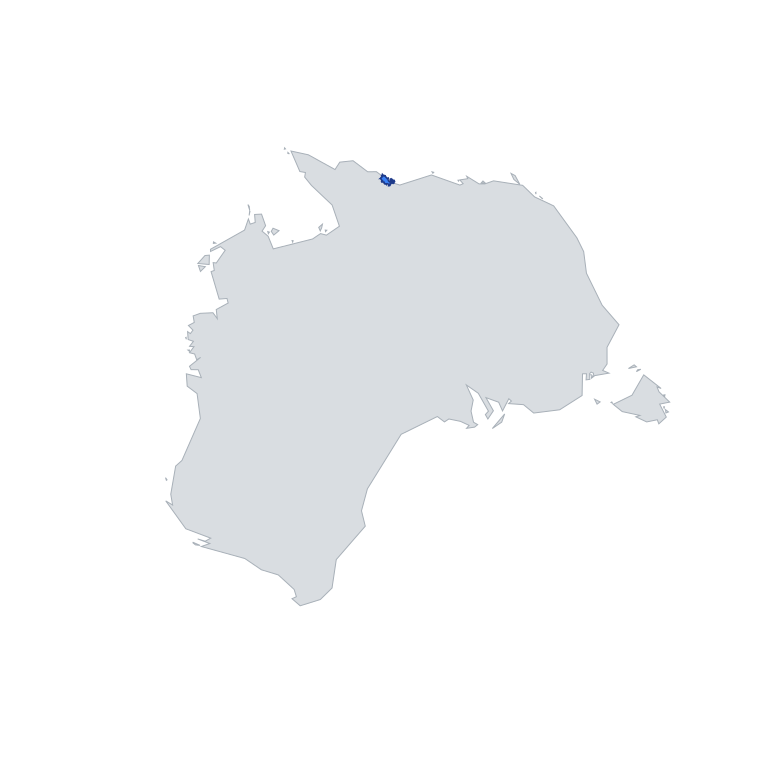 Cassowary Coast, Queensland, Australia (highlighted), rotated 312°
{"feature_id": "25037944B15390433377666", "entity_name": "Cassowary Coast", "entity_type": "district", "adm_level": 2, "iso_a3": "AUS", "parent_name": "Australia", "parent_adm1": "Queensland", "projection": "mercator", "projection_center": [145.98, -17.968], "detail": "fine", "context": "in_parent", "style": "filled", "palette": "blue", "viewbox_px": 768, "rotation_deg": 312, "n_neighbors": 0, "source": "geoboundaries", "source_scale": "gbopen_adm2", "svg_char_len": 7824}
<svg xmlns="http://www.w3.org/2000/svg" viewBox="0 0 768 768"><g transform="rotate(312 384 384)"><path d="M503.7,174.4L510.6,204.1L519.3,202.7L529.2,211.6L530.8,229.9L536.7,236.3L538.2,253.6L542.4,262.6L571.1,279.4L582.6,307.3L585.8,308.8L586.4,303.8L592.7,308.9L593.7,306.4L596.3,320.7L600.1,325.0L608.3,329.5L624.4,354.1L623.8,370.7L629.9,390.9L621.7,429.5L616.0,443.8L601.8,460.3L588.5,493.4L585.3,519.0L560.5,525.2L548.1,536.4L540.4,537.4L542.6,543.9L530.5,534.4L532.2,532.3L531.4,529.9L529.2,529.9L525.2,533.9L522.3,531.4L527.1,527.6L524.4,524.7L508.0,538.9L482.4,531.8L462.6,514.7L462.0,501.5L452.8,489.7L456.6,490.1L456.6,486.6L443.3,490.1L447.2,481.4L442.1,468.9L437.3,483.2L427.5,484.6L429.1,479.8L433.7,479.8L440.2,460.3L438.4,445.8L431.8,461.0L422.1,466.8L415.5,476.1L416.5,480.8L412.6,480.2L406.3,475.0L410.2,474.9L407.4,465.8L401.4,455.6L396.3,454.3L395.5,445.4L358.1,430.4L295.0,441.8L274.7,452.1L265.8,465.2L221.6,466.0L197.6,481.9L181.3,480.9L163.1,470.1L162.9,459.3L167.3,461.2L171.2,454.7L171.4,433.2L163.9,417.2L161.2,397.4L141.0,357.0L148.9,361.3L144.2,349.2L147.5,356.3L153.5,358.4L143.8,333.6L151.1,300.0L152.6,307.9L159.4,299.3L183.6,284.1L192.0,285.0L235.5,270.6L251.8,251.5L250.7,239.2L259.3,230.3L266.5,244.0L270.3,236.4L265.6,231.0L267.0,227.6L281.1,229.9L276.7,228.6L279.6,223.2L277.1,218.5L284.6,217.8L281.9,214.3L288.2,213.8L286.0,208.7L291.5,203.0L291.9,206.4L296.2,206.0L296.6,199.5L302.8,201.8L306.9,196.6L313.6,200.2L322.5,209.2L321.0,216.4L327.1,209.5L339.9,214.0L342.5,210.1L336.8,204.7L351.8,180.3L354.8,181.9L359.9,175.8L361.7,178.4L377.1,176.5L376.7,170.6L366.4,166.4L368.0,164.9L405.1,177.4L415.9,172.8L413.3,177.6L417.9,180.2L423.4,174.4L428.3,179.3L422.4,190.1L416.0,191.1L416.3,199.0L410.3,211.3L444.0,233.9L453.3,236.2L456.1,241.6L471.4,245.3L482.3,225.7L483.0,197.3L484.7,186.6L488.6,184.1L485.6,179.3L494.9,159.0L503.7,174.4ZM522.3,568.0L541.6,575.8L564.6,570.9L566.1,592.9L564.5,588.9L562.2,593.6L561.7,608.4L553.5,602.3L548.3,615.9L538.3,614.9L540.3,611.0L531.6,604.6L528.1,593.1L531.9,595.2L522.9,579.5L522.3,568.0ZM349.0,165.0L359.7,165.0L362.9,168.0L355.8,174.1L349.0,165.0ZM423.4,494.3L442.5,493.7L434.4,497.0L423.4,494.3ZM425.5,197.3L427.7,203.4L420.9,202.4L422.0,198.1L425.5,197.3ZM623.3,351.2L622.9,343.7L625.5,337.5L626.6,342.0L623.3,351.2ZM559.1,555.3L565.6,557.1L565.7,560.1L559.1,555.3ZM347.9,166.8L351.6,172.7L344.8,172.3L347.9,166.8ZM515.3,556.6L511.6,555.8L513.6,550.7L515.3,556.6ZM461.6,231.3L458.3,233.2L455.1,234.2L456.7,230.7L461.6,231.3ZM141.0,355.3L138.3,351.6L138.1,348.3L138.6,348.1L141.0,355.3ZM564.4,563.0L566.8,565.0L562.1,563.3L564.4,563.0ZM598.6,321.7L601.1,321.7L601.1,324.9L598.6,321.7ZM539.0,253.3L541.9,255.2L541.4,256.3L539.0,253.3ZM553.3,610.4L553.6,614.1L551.1,612.9L553.3,610.4ZM627.7,373.6L627.9,377.7L627.6,377.7L627.7,373.6ZM376.1,164.7L374.3,163.1L375.5,162.2L376.1,164.7ZM425.8,165.0L423.2,168.0L426.3,162.8L425.8,165.0ZM628.1,368.6L626.8,369.9L627.6,368.5L628.1,368.6ZM429.7,220.6L428.3,221.2L429.1,219.7L429.7,220.6ZM420.2,197.2L418.3,197.5L419.5,195.6L420.2,197.2ZM168.2,284.3L167.6,286.9L166.8,286.7L168.2,284.3ZM491.8,157.6L491.7,159.7L491.0,158.2L491.8,157.6ZM529.3,531.1L529.7,532.7L529.1,532.2L529.3,531.1ZM422.6,168.9L419.0,171.0L422.7,168.4L422.6,168.9ZM286.3,205.7L285.0,207.2L285.8,205.5L286.3,205.7ZM554.7,607.7L553.4,608.4L554.1,607.1L554.7,607.7ZM460.0,238.6L458.1,238.6L459.1,237.3L460.0,238.6ZM279.1,216.7L278.1,217.6L278.0,215.6L279.1,216.7ZM564.0,600.0L562.3,601.1L562.8,599.1L564.0,600.0ZM493.0,152.1L492.8,153.5L491.8,152.8L493.0,152.1ZM528.3,533.3L530.0,534.8L527.2,534.3L528.3,533.3ZM574.6,279.3L573.3,279.3L573.8,277.7L574.6,279.3ZM585.3,303.5L584.6,303.6L585.1,302.2L585.3,303.5ZM523.1,565.3L522.6,566.7L522.2,565.0L523.1,565.3Z" fill="#d9dde1" stroke="#a8b0b8" stroke-width="1"/><path d="M535.8,243.7L535.8,243.9L534.3,243.7L534.4,243.8L534.4,244.1L534.6,244.4L534.5,244.5L534.4,244.5L534.2,244.5L534.1,245.8L533.9,245.9L533.9,246.0L533.8,245.9L533.7,245.9L533.4,245.8L533.5,245.9L533.7,246.0L533.5,246.3L533.4,246.4L533.6,246.6L532.7,246.8L532.6,247.4L532.7,247.5L532.8,247.5L533.0,247.5L533.4,247.7L533.5,247.6L533.6,247.8L533.6,248.0L533.6,248.4L533.8,248.5L534.0,248.8L533.9,249.1L534.0,249.2L533.9,249.3L533.7,249.4L533.6,249.6L533.4,249.8L533.4,250.1L533.2,250.1L533.2,250.4L533.4,250.5L533.6,250.5L533.6,250.8L533.4,251.1L533.6,251.3L533.8,251.4L534.0,251.3L534.2,251.6L534.2,251.8L534.1,252.0L534.0,252.3L534.3,252.2L534.5,252.2L534.8,252.1L535.0,252.3L535.2,252.5L535.3,252.9L535.3,253.1L535.4,253.5L535.5,253.7L535.5,253.9L535.5,254.0L535.3,254.0L535.2,254.0L534.4,254.7L534.7,254.9L534.7,255.1L534.9,255.1L535.0,255.2L535.3,255.2L535.5,254.9L535.6,255.0L535.7,255.3L535.8,255.2L535.8,255.3L536.0,255.3L536.2,255.2L536.3,255.3L536.5,255.2L536.9,254.8L537.1,254.7L537.3,255.1L537.6,255.2L537.9,255.1L538.1,255.1L538.3,255.2L538.7,255.2L538.8,255.2L539.0,255.4L539.0,255.5L538.9,255.7L538.9,255.8L539.0,255.9L539.1,256.1L539.3,256.3L539.2,256.4L539.2,256.6L539.7,256.7L539.8,256.7L540.0,256.9L540.3,256.7L540.6,256.3L540.4,256.1L540.1,256.1L540.2,255.9L539.9,255.8L539.9,255.6L539.7,255.5L539.8,255.5L539.7,255.2L539.5,254.7L539.4,254.7L539.4,254.8L539.3,254.7L539.1,254.6L538.9,254.4L538.8,254.1L538.5,253.9L538.4,253.7L538.1,253.5L538.0,253.3L538.0,253.2L537.9,252.4L537.9,251.6L538.1,251.3L538.3,250.7L538.6,250.2L538.9,249.8L539.0,249.8L539.0,249.7L538.9,249.7L539.0,249.2L539.0,248.8L539.1,248.4L539.1,248.2L539.1,247.8L539.0,247.6L538.9,247.7L538.9,247.4L539.1,247.2L539.0,246.9L539.0,246.7L539.1,246.2L539.4,245.8L539.6,245.6L539.5,245.4L539.4,245.3L539.4,245.2L539.2,245.2L539.3,245.0L539.3,244.9L539.2,244.8L538.9,244.5L538.7,244.1L538.6,243.9L538.5,244.0L538.4,244.1L538.2,244.1L538.1,244.4L538.2,243.9L538.2,244.1L538.5,244.0L538.5,243.9L538.4,243.9L538.6,243.9L538.7,243.5L538.6,243.4L538.6,243.2L538.7,242.5L538.3,242.7L538.3,242.9L538.2,242.9L538.3,243.0L538.2,243.2L537.7,243.1L537.4,243.1L537.2,243.1L537.1,243.6L536.9,243.8L536.8,243.6L536.6,243.5L536.4,243.6L536.2,243.8L535.8,243.7ZM540.8,253.9L540.6,253.9L540.4,253.7L540.1,253.6L539.8,253.5L539.6,253.3L539.6,253.2L539.3,253.1L539.0,253.1L538.6,253.3L539.0,253.7L539.1,253.8L539.3,254.0L539.6,254.1L539.9,254.5L540.1,254.8L540.3,255.2L540.2,255.7L540.4,255.9L540.5,256.2L540.8,256.3L541.3,256.3L541.5,256.4L541.8,255.8L541.9,255.6L542.0,255.6L542.1,255.4L541.9,255.3L541.8,255.2L541.7,255.2L541.8,255.0L541.8,254.9L541.8,254.7L541.6,254.6L541.4,254.4L541.1,254.2L541.2,253.7L541.4,253.3L541.5,253.2L541.4,253.1L541.1,253.2L540.8,253.1L540.7,253.0L540.6,252.9L540.6,252.6L540.4,252.7L540.5,252.8L540.4,253.0L540.5,253.1L540.6,253.4L540.7,253.5L540.7,253.8L540.8,253.9ZM539.9,254.9L539.5,254.7L539.8,255.2L539.9,255.3L540.0,255.2L539.9,255.1L539.9,254.9ZM539.6,252.3L539.9,252.4L540.1,252.2L539.9,252.0L539.7,252.0L539.7,252.3L539.6,252.3ZM539.8,249.5L539.9,249.4L539.7,249.3L539.6,249.2L539.5,249.3L539.4,249.3L539.6,249.5L539.8,249.5ZM540.0,255.4L540.0,255.5L540.1,255.2L539.9,254.9L540.0,255.4ZM540.3,256.0L540.3,255.9L540.1,256.0L540.3,256.1L540.3,256.0ZM540.0,255.4L539.8,255.3L539.9,255.5L540.0,255.4ZM540.0,255.8L540.1,255.7L539.9,255.7L539.8,255.8L540.0,255.8ZM540.5,253.6L540.6,253.8L540.7,253.7L540.5,253.6ZM539.9,255.6L540.0,255.5L539.9,255.4L539.8,255.5L539.9,255.6ZM539.9,255.7L540.0,255.6L539.9,255.7ZM541.1,251.9L541.2,252.0L541.3,251.9L541.2,251.8L541.1,251.9ZM539.9,250.6L540.0,250.6L539.9,250.6L539.9,250.6ZM540.2,250.7L540.3,250.8L540.2,250.7L540.2,250.7ZM539.8,250.5L539.8,250.4L539.8,250.5ZM539.7,246.8L539.8,246.8L539.7,246.8ZM539.9,246.0L540.0,246.0L539.9,246.0ZM539.5,252.4L539.5,252.5L539.5,252.4ZM541.7,254.6L541.8,254.6L541.7,254.6L541.7,254.6ZM541.4,252.1L541.5,252.1L541.4,252.1L541.4,252.1ZM539.7,245.7L539.7,245.8L539.7,245.7L539.7,245.7Z" fill="#3b82f6" stroke="#1e3a8a" stroke-width="1.5"/></g></svg>